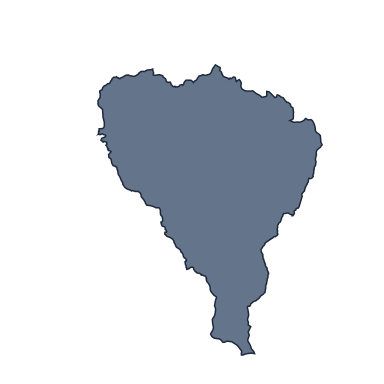 Metes, Alba, Romania, rotated 206°
{"feature_id": "2599482B52286891990585", "entity_name": "Metes", "entity_type": "district", "adm_level": 2, "iso_a3": "ROU", "parent_name": "Romania", "parent_adm1": "Alba", "projection": "orthographic", "projection_center": [23.404, 46.123], "detail": "fine", "context": "isolated", "style": "filled", "palette": "slate", "viewbox_px": 384, "rotation_deg": 206, "n_neighbors": 0, "source": "geoboundaries", "source_scale": "gbopen_adm2", "svg_char_len": 5990}
<svg xmlns="http://www.w3.org/2000/svg" viewBox="0 0 384 384"><g transform="rotate(206 192 192)"><path d="M148.0,314.8L151.2,316.7L153.9,316.4L155.5,316.9L158.0,316.7L157.8,314.5L158.8,313.2L166.5,315.8L168.9,315.2L167.0,311.3L167.6,310.1L170.4,307.9L174.1,308.6L177.7,308.7L181.8,309.6L183.0,308.7L186.8,306.8L189.0,306.2L192.1,306.5L193.5,307.4L194.9,309.3L195.1,310.6L195.5,311.6L197.3,313.0L198.9,313.7L199.9,312.2L200.5,310.7L202.5,312.7L202.7,313.3L203.7,314.0L205.3,313.4L206.3,311.1L207.7,311.1L208.0,309.6L209.4,310.1L213.6,309.6L214.8,309.8L217.3,311.6L217.3,311.9L218.7,313.0L219.9,313.2L220.5,313.8L220.7,315.3L221.2,316.1L226.7,316.5L227.5,311.7L227.1,307.7L227.8,305.6L231.1,302.6L233.7,302.2L235.2,300.3L236.5,299.4L237.2,294.2L238.3,292.9L238.9,291.4L238.8,291.1L241.5,292.0L243.2,291.5L243.3,291.2L245.3,290.5L246.3,289.9L246.8,288.6L247.1,287.0L246.8,285.7L247.0,284.0L248.3,284.1L249.7,282.7L250.0,281.2L250.6,280.6L252.5,279.4L252.6,279.1L253.7,279.6L254.6,278.5L255.2,278.4L258.0,279.6L258.9,280.7L259.9,281.2L260.8,280.5L262.2,279.9L263.5,280.0L264.8,281.7L265.7,282.2L268.3,282.7L269.4,283.7L272.9,283.1L276.3,280.7L278.0,280.2L278.2,280.3L278.7,282.2L280.5,284.0L281.2,285.3L282.6,283.8L285.9,281.9L287.3,279.6L289.5,278.7L291.0,277.5L291.3,276.5L291.8,275.9L292.0,274.1L294.4,270.7L298.0,269.5L300.7,269.2L302.3,268.2L303.2,267.2L304.1,265.5L306.4,262.9L306.4,262.3L307.3,261.9L308.1,262.4L308.7,262.1L310.5,262.4L310.5,262.0L311.3,261.4L312.6,260.9L313.5,258.8L313.3,257.2L313.7,256.2L313.6,254.7L313.8,253.3L315.3,252.3L316.4,249.9L317.3,249.0L318.0,247.0L317.7,244.2L319.1,242.8L319.0,241.8L318.8,241.7L318.3,240.6L317.6,240.3L316.1,236.7L316.5,232.7L315.2,230.7L315.3,230.1L313.7,228.5L308.6,227.0L304.6,220.0L301.5,216.4L299.6,212.6L299.6,211.0L300.2,209.8L303.2,208.1L302.1,206.0L302.6,205.7L301.4,203.0L301.5,202.7L300.6,203.4L300.1,203.1L299.5,203.4L298.1,205.1L296.8,204.8L295.0,205.2L294.3,204.9L294.1,204.1L294.5,203.1L296.6,200.7L296.6,199.2L296.4,198.5L295.5,198.4L294.2,197.9L293.4,198.1L293.4,198.8L290.7,199.4L289.6,197.9L289.9,197.4L289.7,196.2L289.2,196.2L287.2,194.6L286.8,193.8L285.9,194.0L285.8,193.0L285.4,192.6L283.9,193.1L282.4,192.7L283.4,189.0L281.8,186.6L279.4,186.2L278.1,184.7L277.1,183.1L275.1,181.5L274.2,181.1L272.3,181.6L272.1,181.2L271.3,181.4L270.3,181.0L269.2,179.5L268.4,178.9L266.1,175.6L263.5,174.0L260.1,171.0L258.2,169.9L257.9,169.0L257.4,168.5L254.0,166.6L251.3,166.3L247.7,166.7L246.8,166.4L246.0,167.2L242.7,167.8L240.2,169.1L239.5,168.6L237.6,168.2L236.1,166.5L235.6,165.5L231.7,163.7L229.4,162.2L228.9,161.5L227.0,160.3L222.3,161.8L219.0,162.1L217.9,161.9L214.6,163.4L212.6,162.1L211.2,159.2L210.1,157.6L209.6,157.6L207.4,156.2L205.7,153.2L206.0,151.6L206.7,151.3L206.4,150.7L205.7,150.5L205.7,150.0L205.4,149.6L203.8,148.3L201.3,148.7L200.0,147.6L199.8,146.6L198.5,146.2L197.2,145.3L197.3,144.8L198.7,143.9L198.0,142.2L195.1,141.2L191.8,141.5L188.7,141.1L187.3,140.3L186.3,139.4L185.9,138.6L184.6,138.1L183.5,136.8L181.8,135.6L177.2,135.0L175.5,133.2L174.8,133.2L172.9,132.2L171.3,130.1L169.9,129.4L169.3,129.6L167.6,128.8L167.1,128.3L166.9,127.1L167.2,126.8L167.5,127.0L167.7,126.1L167.0,125.4L166.5,124.3L164.7,123.0L164.4,121.7L163.3,121.1L162.8,120.2L162.0,120.8L161.7,121.5L161.3,121.5L160.6,122.9L159.7,124.1L158.6,124.6L157.5,124.6L156.7,123.4L155.9,122.9L154.1,121.9L153.3,122.0L152.5,121.4L149.2,122.2L148.1,122.0L147.3,121.4L146.8,121.5L146.9,121.9L142.9,122.1L142.4,121.9L141.4,120.9L141.4,120.7L140.9,120.5L140.6,119.5L140.7,119.3L139.3,118.0L136.9,116.9L135.1,115.6L133.7,114.0L133.1,112.6L131.5,111.0L127.5,109.0L124.0,108.4L123.5,107.3L123.6,106.4L123.4,105.1L121.9,99.7L120.0,97.9L118.9,95.9L117.9,92.6L117.5,91.0L117.9,86.4L115.8,82.9L113.3,79.6L112.8,77.6L112.9,74.4L113.1,73.4L112.9,72.3L111.6,71.4L110.5,70.7L107.8,70.4L102.8,72.0L100.5,71.5L98.9,70.6L98.1,70.5L96.6,71.5L95.6,72.8L94.5,73.5L90.6,74.8L87.7,74.5L84.2,74.1L77.8,70.9L77.1,69.6L76.8,68.2L76.0,67.1L74.0,68.4L73.8,69.0L72.1,70.5L68.3,73.1L64.9,74.2L66.6,75.7L69.7,77.0L72.5,79.8L76.6,82.7L77.1,83.6L77.8,88.4L80.3,91.1L80.0,92.6L80.2,94.4L80.1,96.7L83.2,97.2L84.0,99.3L86.2,101.6L87.1,106.2L88.9,109.0L91.7,112.6L91.7,113.7L90.2,114.6L89.8,115.5L90.2,117.2L88.5,120.7L87.0,122.1L85.3,125.5L84.6,128.8L83.4,130.9L82.4,133.9L82.7,134.4L82.8,135.5L83.2,136.2L83.6,138.1L84.3,139.1L84.8,140.5L84.7,142.0L85.3,143.5L85.6,145.0L86.2,146.8L86.3,148.4L87.4,150.8L87.2,151.9L87.9,153.0L90.3,155.0L91.2,156.6L93.0,157.4L93.9,158.2L94.4,159.4L95.2,159.6L95.4,160.1L98.2,162.8L98.2,163.2L98.9,163.4L100.1,165.0L100.0,165.4L100.7,166.0L100.8,166.7L103.6,168.7L104.3,169.8L104.7,170.6L104.3,174.4L103.7,176.0L103.7,177.2L103.9,177.8L103.5,179.1L101.8,181.9L101.1,183.7L100.6,183.8L100.1,185.2L99.4,185.8L99.0,187.4L98.1,188.2L97.7,188.2L96.4,190.5L96.3,191.8L97.8,193.2L97.9,194.5L99.2,195.9L99.5,197.7L100.4,199.3L100.3,202.1L99.4,204.1L99.8,206.0L99.7,206.6L100.2,208.4L99.9,209.9L100.4,212.5L96.5,215.3L93.4,215.0L92.0,215.5L91.6,214.5L90.8,215.0L90.6,217.6L91.6,219.2L91.8,220.1L91.0,220.9L90.8,221.5L91.1,222.5L90.9,223.1L89.4,224.2L89.4,226.1L91.1,236.6L92.0,237.4L92.4,238.3L91.7,241.6L91.4,242.0L91.5,243.1L91.9,243.5L91.9,245.6L92.2,245.7L92.3,246.4L92.0,247.9L92.2,248.5L91.9,249.6L92.2,250.0L91.9,251.7L93.1,255.4L91.3,255.9L90.3,257.3L89.8,259.0L90.6,260.1L90.9,262.2L92.2,265.3L92.0,265.5L92.9,267.8L92.7,269.4L92.9,271.1L93.1,271.3L93.8,273.6L94.5,274.2L95.6,275.9L96.5,279.8L96.4,280.0L97.5,281.3L98.0,283.2L97.9,285.1L96.2,288.5L96.1,290.3L95.7,291.1L95.8,291.5L98.1,293.4L101.3,298.9L103.6,299.8L105.2,299.9L106.6,300.3L107.9,301.1L109.1,303.3L110.0,304.2L110.4,305.0L112.6,307.2L115.0,308.8L116.8,309.2L119.5,307.6L122.0,308.0L122.4,307.6L122.3,306.4L123.8,303.9L125.9,301.7L127.5,301.4L130.9,299.3L135.4,299.1L133.3,301.6L133.3,302.7L134.1,304.7L135.1,306.4L135.5,308.0L138.2,311.9L140.4,312.1L141.4,313.1L142.0,314.1L144.9,314.7L146.1,314.1L146.8,314.7L148.0,314.8Z" fill="#64748b" stroke="#1e293b" stroke-width="1.5"/></g></svg>